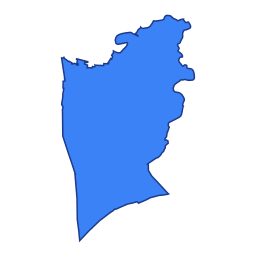 the district of Murighiol, Tulcea, Romania
{"feature_id": "2599482B84020842271263", "entity_name": "Murighiol", "entity_type": "district", "adm_level": 2, "iso_a3": "ROU", "parent_name": "Romania", "parent_adm1": "Tulcea", "projection": "orthographic", "projection_center": [29.149, 44.927], "detail": "fine", "context": "isolated", "style": "filled", "palette": "blue", "viewbox_px": 256, "rotation_deg": 0, "n_neighbors": 0, "source": "geoboundaries", "source_scale": "gbopen_adm2", "svg_char_len": 5466}
<svg xmlns="http://www.w3.org/2000/svg" viewBox="0 0 256 256"><path d="M140.7,27.2L140.6,27.9L140.5,28.1L139.9,28.4L138.9,29.0L137.7,30.4L137.3,31.4L136.8,32.3L136.5,32.6L135.3,33.7L137.9,35.8L137.9,36.0L136.0,35.1L132.6,33.5L131.3,32.6L130.8,32.5L130.0,32.4L125.8,32.9L123.0,33.4L122.1,33.6L119.5,34.4L118.7,34.8L117.5,35.5L117.0,35.9L116.2,37.0L115.8,38.1L115.5,39.0L115.4,39.4L115.3,39.8L115.3,40.4L115.3,40.8L115.5,41.3L115.9,43.1L116.2,43.5L116.9,44.0L117.7,44.2L118.8,44.2L122.9,43.4L123.2,43.4L125.8,42.7L126.8,42.6L127.4,42.8L127.5,43.0L127.4,43.9L126.8,45.5L126.5,46.0L125.7,47.1L123.4,49.3L120.7,52.3L120.1,52.7L119.3,52.8L118.7,52.9L117.7,52.7L116.2,52.3L114.8,51.7L113.4,50.9L113.4,52.8L112.1,54.8L112.0,54.7L111.7,55.1L111.7,55.4L111.9,55.4L112.2,55.7L112.2,56.0L112.3,56.1L112.4,56.3L112.5,56.5L112.4,57.0L112.3,57.5L111.9,58.8L111.6,59.2L110.8,58.5L108.1,62.7L108.7,63.0L108.5,63.7L108.4,63.8L103.8,63.6L103.6,65.5L103.0,65.5L102.9,65.6L101.3,65.5L100.8,65.3L100.6,65.5L95.7,65.2L95.7,65.3L95.3,65.3L95.0,65.1L95.1,66.0L94.9,66.6L94.7,66.8L94.3,66.9L93.1,66.7L92.8,66.5L92.5,66.5L92.4,66.7L92.3,67.2L92.2,67.9L87.5,67.6L87.2,67.7L87.5,65.9L87.5,65.4L87.5,65.1L87.1,64.9L86.6,64.8L86.4,64.6L86.2,64.6L86.1,64.4L85.9,64.4L85.7,64.4L84.7,64.1L84.5,63.7L84.6,62.3L85.0,62.3L86.4,62.5L87.1,62.3L87.7,62.3L87.8,62.2L87.9,61.8L87.8,61.7L76.7,58.8L76.5,59.0L76.5,59.3L77.2,59.7L77.3,60.2L77.3,60.8L77.2,61.3L77.2,61.5L76.9,62.6L77.2,63.5L77.5,63.7L78.1,63.9L78.2,65.0L77.1,65.2L76.8,64.8L76.5,64.4L75.9,64.1L75.9,63.9L75.6,63.9L75.3,63.6L75.1,63.6L74.4,63.4L73.8,63.6L73.4,63.6L72.7,64.0L72.5,63.6L71.7,63.7L71.9,62.9L71.2,62.4L70.4,62.0L69.7,61.8L69.5,61.6L69.1,61.2L68.5,61.3L68.2,61.3L67.2,60.5L66.2,59.6L65.4,59.2L64.7,58.6L64.2,58.0L63.9,57.3L63.3,57.8L62.7,58.2L62.3,58.1L61.6,57.9L63.3,69.4L64.1,74.3L64.5,77.4L64.8,79.2L64.8,79.3L64.7,79.3L64.9,79.7L65.0,80.7L65.0,80.9L64.8,81.1L64.0,81.2L63.2,81.1L63.1,81.3L63.1,84.3L63.0,87.0L63.0,87.8L63.1,88.1L63.3,88.2L63.3,88.4L63.8,88.4L63.5,90.5L63.1,92.5L62.8,94.6L62.8,96.5L62.6,98.4L61.8,103.0L61.7,104.5L61.9,104.7L62.0,104.7L62.1,104.9L62.3,105.4L62.3,105.5L62.2,105.8L62.6,106.2L62.8,106.6L63.0,107.1L62.9,107.8L62.4,109.8L62.5,111.9L62.8,136.1L68.8,154.5L71.5,162.3L75.4,174.4L75.0,174.4L77.0,198.2L77.3,219.7L78.8,231.1L79.7,240.6L90.5,229.2L91.4,228.7L93.3,226.7L100.2,220.1L101.3,219.4L108.8,213.6L111.4,211.8L113.7,210.3L114.3,209.2L116.1,209.1L120.7,207.0L127.4,204.1L132.1,203.1L137.2,201.7L138.5,203.2L146.3,199.8L149.4,198.2L149.7,197.9L159.0,195.4L162.4,195.1L167.6,194.3L168.6,193.9L167.6,193.1L166.5,191.9L155.6,180.1L152.3,176.7L151.6,175.8L148.9,171.3L148.5,170.6L148.4,170.3L148.4,167.5L148.3,165.3L148.2,164.5L148.0,164.3L147.8,164.2L147.4,164.1L147.8,163.7L149.5,162.6L155.8,158.3L157.5,157.7L158.2,157.3L159.1,156.6L160.1,155.6L160.9,154.6L161.4,153.9L161.9,152.8L162.3,152.4L162.7,152.1L163.5,151.6L163.6,151.4L164.1,149.9L164.6,149.1L165.2,147.9L165.3,147.5L165.2,146.7L165.1,146.3L165.3,145.9L166.7,144.4L168.1,143.4L168.2,143.1L168.0,141.6L168.0,141.0L167.6,140.6L166.6,140.1L166.2,140.0L165.3,140.1L165.0,140.0L164.9,139.5L164.9,138.9L165.0,138.5L165.3,138.1L166.1,137.3L166.3,137.0L166.5,136.6L166.7,135.8L166.8,134.9L166.9,133.2L167.4,132.4L168.1,130.3L168.5,129.3L168.6,128.9L168.7,128.3L168.8,127.9L169.2,127.5L169.2,127.3L169.1,126.9L168.2,125.6L168.2,125.2L168.4,124.3L168.3,123.7L168.4,123.2L168.8,122.8L169.8,122.1L178.8,117.5L179.5,117.0L180.0,116.6L180.8,115.8L181.4,114.6L181.8,113.2L182.6,108.8L182.9,107.3L183.1,106.1L183.3,106.0L182.7,105.2L182.8,103.9L183.1,102.9L183.6,101.9L184.3,100.3L184.3,99.0L183.9,98.1L183.3,96.8L182.0,94.8L180.7,93.7L179.9,93.1L178.7,92.6L177.4,92.4L176.8,92.2L175.4,92.0L174.7,91.7L174.3,91.3L173.9,90.8L173.6,90.4L173.4,89.8L173.2,88.7L173.2,88.0L173.6,87.1L174.1,85.4L174.8,84.5L176.2,83.3L178.3,81.9L178.9,81.6L179.8,80.9L179.9,80.5L180.8,79.9L182.4,79.9L183.1,79.9L184.2,79.5L185.3,79.6L185.9,79.7L188.2,80.3L189.7,80.3L192.3,80.1L193.3,79.7L193.6,79.4L194.0,79.0L194.3,78.2L194.4,77.3L194.3,75.9L194.1,74.1L193.9,72.8L193.4,71.3L192.9,70.3L192.4,69.7L191.9,69.2L191.2,68.9L190.3,68.7L188.6,68.5L187.7,68.3L187.1,68.0L186.9,67.5L186.8,67.0L186.8,66.2L186.8,65.6L186.5,65.3L186.1,65.1L185.7,65.0L184.8,64.9L184.3,65.1L184.0,65.4L183.3,66.2L182.7,66.2L182.2,65.7L179.3,62.1L178.8,61.0L178.7,60.4L178.7,59.9L178.9,59.4L179.5,58.0L179.9,57.5L180.3,57.2L180.9,57.1L181.6,57.1L182.3,57.0L182.5,56.8L182.5,56.4L182.4,55.4L181.9,54.6L181.2,53.7L180.1,52.8L178.2,51.3L178.0,50.9L178.1,50.5L179.1,48.4L179.1,48.1L177.6,45.3L177.5,44.8L177.7,44.3L177.8,44.1L178.3,43.7L179.1,43.5L179.7,43.1L180.1,42.6L181.0,40.5L182.5,37.6L182.7,36.9L182.6,34.3L182.7,33.0L182.9,32.3L183.3,31.6L184.1,30.2L184.4,30.0L185.7,29.9L186.5,29.7L188.9,28.7L189.7,28.3L190.1,28.0L190.6,27.0L190.6,26.2L190.3,25.2L189.0,22.9L188.4,22.1L188.2,22.0L187.7,22.1L186.1,22.6L185.7,22.5L185.4,22.3L185.0,21.8L184.1,20.6L183.3,19.7L183.5,19.1L182.2,19.2L180.4,19.7L178.1,20.7L177.8,20.7L177.1,20.3L176.6,19.9L175.5,19.3L174.0,18.7L172.8,18.0L172.2,17.4L171.7,16.8L170.7,16.0L169.5,15.6L167.4,15.4L166.8,15.4L165.9,15.7L165.1,16.4L164.5,17.4L164.4,18.0L164.0,18.8L163.3,19.5L162.9,19.8L162.3,20.1L160.6,20.3L159.0,20.6L155.7,21.0L155.1,21.1L153.6,20.8L153.4,21.0L152.2,23.4L151.1,24.8L150.4,26.0L149.5,26.7L148.5,27.3L147.3,27.9L147.1,27.9L146.2,27.9L145.2,28.0L143.3,28.4L143.0,28.4L141.8,28.2L141.3,27.9L140.7,27.2Z" fill="#3b82f6" stroke="#1e3a8a" stroke-width="1.5"/></svg>